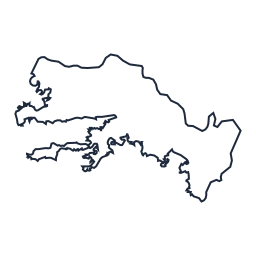 the border of Mugla
{"feature_id": "TUR-2278", "entity_name": "Mugla", "entity_type": "Province", "adm_level": 1, "iso_a3": "TUR", "parent_name": "Turkey", "parent_adm1": "", "projection": "mercator", "projection_center": [28.126, 36.936], "detail": "fine", "context": "isolated", "style": "outline", "palette": "slate", "viewbox_px": 256, "rotation_deg": 0, "n_neighbors": 0, "source": "natural_earth", "source_scale": "10m", "svg_char_len": 5771}
<svg xmlns="http://www.w3.org/2000/svg" viewBox="0 0 256 256"><path d="M201.5,201.5L199.0,198.1L193.6,196.3L192.1,194.4L190.8,195.2L190.5,193.7L190.8,192.0L188.3,192.0L188.9,191.3L187.9,190.7L186.4,190.5L187.5,188.7L189.5,188.2L189.4,187.5L188.9,187.4L189.5,185.3L188.9,183.3L187.8,181.8L186.4,181.1L186.4,180.4L188.9,178.8L188.6,174.0L188.1,172.1L186.4,172.6L185.3,171.2L180.9,172.9L178.9,172.6L180.6,172.2L180.9,171.1L179.4,167.9L181.4,163.9L182.7,165.0L185.0,162.3L186.4,161.6L185.9,163.6L186.6,164.0L187.7,163.7L188.3,162.8L187.6,160.7L186.4,159.2L180.7,155.1L173.6,152.1L172.6,151.0L172.0,149.4L167.6,153.8L167.6,154.5L168.2,154.5L168.2,155.3L165.1,156.1L164.7,157.1L165.0,158.9L163.8,159.2L165.1,160.9L164.4,161.6L165.7,163.2L166.3,163.2L167.3,161.1L167.5,160.1L166.9,158.5L168.6,160.0L168.0,161.9L165.1,164.7L165.6,165.9L164.6,166.5L161.9,166.4L160.9,165.3L160.9,164.3L161.7,163.5L163.1,163.2L163.1,162.3L159.7,160.4L158.1,160.9L157.7,157.8L154.3,155.5L150.2,154.7L146.9,156.1L146.4,154.0L145.4,153.2L144.2,153.6L143.1,155.3L142.4,154.6L141.3,151.4L142.1,149.9L142.5,147.6L142.2,145.5L141.3,144.4L141.2,143.9L141.9,143.6L141.5,142.7L141.9,142.0L141.3,142.0L140.6,144.4L138.7,141.6L136.0,141.1L134.0,142.3L134.3,145.1L133.4,144.3L130.6,143.6L131.8,142.8L131.8,142.0L128.5,141.7L127.7,140.6L127.4,138.2L128.5,138.1L128.7,137.7L127.4,134.3L127.0,134.3L126.7,135.4L125.9,136.4L120.5,137.6L120.5,138.3L121.8,139.7L124.0,139.6L124.9,140.5L122.2,145.0L120.5,145.1L114.8,142.0L114.3,142.0L114.8,144.4L111.5,144.2L111.1,143.2L111.5,142.2L114.8,141.3L114.8,140.5L111.0,137.9L109.5,138.5L108.3,140.4L107.7,142.3L107.9,144.0L109.2,145.1L108.8,147.6L112.4,150.4L113.0,153.0L110.5,151.7L109.2,152.1L108.6,153.8L107.4,153.0L107.2,153.9L106.6,154.5L107.2,154.7L107.4,155.3L102.6,157.0L100.8,158.4L96.2,166.2L94.1,167.9L91.6,167.1L91.0,168.2L89.8,168.6L90.4,170.2L89.3,170.7L87.7,170.4L87.3,169.4L86.3,171.0L85.2,171.3L83.9,170.6L82.9,169.4L83.5,167.9L82.3,166.4L89.1,166.4L90.9,165.6L94.2,161.6L92.9,160.1L90.4,162.3L90.4,161.6L91.3,160.6L91.6,159.3L91.3,157.9L89.5,156.3L89.1,158.1L88.7,158.6L86.0,157.7L84.2,158.0L83.3,157.6L82.9,156.5L86.6,155.3L86.0,154.5L88.5,154.5L89.8,153.0L93.3,152.7L94.2,152.2L93.9,154.0L95.2,154.2L96.6,153.1L96.7,151.4L95.8,150.8L94.0,150.6L93.5,149.9L93.7,149.1L96.1,146.7L97.9,149.1L97.3,144.7L96.8,143.8L94.7,143.7L93.9,144.2L92.3,146.7L90.3,148.0L89.6,147.9L89.1,146.7L87.8,148.0L82.9,149.9L82.3,149.9L81.8,148.4L78.4,150.6L78.0,149.1L77.3,149.2L75.9,150.6L74.1,149.2L73.4,150.6L72.8,150.6L70.1,148.7L68.3,148.3L66.6,149.1L66.6,148.3L65.5,148.9L61.8,148.3L60.3,148.8L58.4,151.3L57.1,152.2L57.3,154.0L56.0,157.6L55.9,160.1L51.2,157.9L49.6,157.7L45.7,158.1L45.2,156.9L38.9,159.2L37.7,160.9L35.5,159.2L32.5,158.8L31.4,159.2L31.2,157.8L30.5,157.1L29.5,157.0L28.3,157.7L28.2,157.0L27.6,156.9L28.2,156.2L28.2,155.5L27.0,154.5L27.0,153.8L29.6,154.7L31.2,154.7L32.4,154.2L33.2,153.0L33.5,151.2L35.6,149.1L38.7,149.1L45.4,148.1L48.7,148.3L50.4,147.8L51.5,143.6L53.5,143.1L57.7,145.6L59.0,145.1L60.5,145.9L62.9,145.6L64.0,146.0L66.4,143.7L67.6,143.1L75.6,142.8L76.6,142.4L77.2,143.2L80.5,144.3L85.4,144.0L86.9,144.5L88.5,146.0L88.8,144.8L91.1,142.8L90.5,141.5L89.6,140.8L86.6,140.5L87.3,139.7L88.1,140.0L88.2,139.3L86.6,137.3L87.9,136.6L88.6,136.9L91.1,135.7L91.1,135.0L89.2,133.1L87.9,131.0L89.1,131.9L89.8,131.0L88.5,129.4L91.6,129.4L91.6,128.7L89.8,128.7L89.8,127.9L92.0,127.9L93.5,128.7L94.5,128.0L95.4,128.7L97.0,128.1L99.0,129.1L100.4,128.7L101.1,131.0L101.4,128.5L100.4,127.9L100.4,127.1L102.0,127.1L102.9,127.9L105.4,124.0L105.4,123.2L104.2,123.2L105.4,120.9L106.9,122.0L108.4,122.3L109.2,121.6L108.6,120.0L116.2,117.4L116.1,116.7L114.8,115.3L113.9,115.1L101.9,116.9L97.5,116.8L95.8,117.2L96.1,119.3L94.5,118.5L84.8,116.9L81.6,118.5L77.9,117.7L75.6,117.9L68.1,120.4L66.6,120.0L65.9,121.7L64.3,121.2L62.1,121.7L60.3,120.3L57.4,120.3L54.5,121.3L52.7,123.2L48.5,121.1L46.3,121.3L45.9,124.0L42.8,121.9L37.7,121.7L34.6,117.7L33.2,117.8L31.8,119.0L31.3,118.2L31.4,117.7L30.7,117.7L29.5,121.7L29.1,120.8L29.5,120.0L28.9,119.3L29.4,118.7L28.9,117.7L24.5,119.3L24.9,121.3L24.3,122.5L23.2,123.5L21.9,124.0L22.6,125.6L20.7,125.6L20.1,124.7L18.5,125.1L17.6,123.4L16.9,118.9L15.4,113.8L16.3,111.4L18.6,110.7L21.4,108.3L20.0,107.4L18.3,108.3L17.6,106.7L18.3,107.4L19.3,106.1L22.2,107.2L23.9,106.7L24.1,103.9L23.9,102.7L25.5,103.6L25.8,106.0L26.4,106.0L27.5,103.9L28.2,103.6L28.9,104.3L29.5,103.5L29.5,105.5L29.8,106.0L31.4,106.0L33.4,107.2L34.6,106.7L33.9,107.4L35.2,109.8L36.5,110.6L37.9,110.3L44.0,106.5L46.2,106.5L47.1,106.0L47.1,105.1L45.9,105.3L45.2,106.0L44.5,102.3L43.8,100.5L42.7,99.6L42.7,98.8L47.0,97.8L48.2,98.1L47.1,100.4L48.9,99.6L50.3,98.0L48.8,97.5L48.3,96.7L48.4,94.4L50.3,92.5L50.8,89.4L48.8,88.3L48.4,89.4L45.1,89.6L44.2,92.2L43.0,93.8L41.5,94.6L40.2,94.1L41.8,92.7L42.0,91.2L41.0,90.1L38.9,90.1L36.9,92.0L36.4,91.3L37.3,89.1L38.9,87.0L39.4,83.3L38.4,81.4L37.7,81.4L37.3,84.7L35.3,85.8L32.7,85.4L30.7,83.8L30.0,81.2L30.7,78.9L32.4,77.0L34.6,76.0L33.5,74.2L31.4,73.5L38.5,58.9L41.3,57.3L44.4,57.1L47.6,59.3L51.2,60.6L58.5,61.7L65.0,66.1L69.1,66.8L73.3,65.7L77.5,65.7L81.4,67.7L87.8,68.0L98.9,67.2L102.5,64.3L105.8,57.9L110.7,54.5L117.4,55.8L123.1,60.7L129.8,64.4L141.7,66.0L142.8,68.0L142.5,70.4L142.5,73.6L143.4,76.9L145.8,77.8L149.0,77.9L153.3,79.6L156.0,84.3L157.2,89.7L160.3,94.1L167.1,95.1L171.0,100.6L177.7,103.7L183.2,109.1L184.5,113.4L185.8,123.5L188.1,125.7L193.1,126.1L202.3,131.0L205.4,129.4L207.3,127.0L208.3,124.0L208.9,116.6L213.3,113.0L215.4,118.9L213.9,125.5L217.4,127.0L221.8,121.4L232.9,119.9L240.6,130.7L230.7,153.4L231.9,160.5L230.3,166.8L221.6,173.8L220.8,177.0L221.3,180.1L219.2,181.1L216.4,179.9L210.7,182.3L206.2,192.1L206.3,195.0L205.7,198.0L204.0,200.3L201.5,201.5Z" fill="none" stroke="#1e293b" stroke-width="2"/></svg>